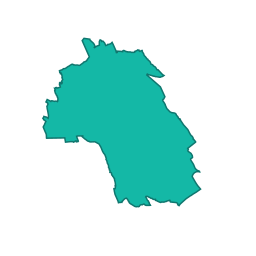 the district of Butoiesti, Mehedinti, Romania, rotated 45°
{"feature_id": "2599482B50012725425393", "entity_name": "Butoiesti", "entity_type": "district", "adm_level": 2, "iso_a3": "ROU", "parent_name": "Romania", "parent_adm1": "Mehedinti", "projection": "equal_earth", "projection_center": [23.382, 44.564], "detail": "fine", "context": "isolated", "style": "filled", "palette": "teal", "viewbox_px": 256, "rotation_deg": 45, "n_neighbors": 0, "source": "geoboundaries", "source_scale": "gbopen_adm2", "svg_char_len": 5708}
<svg xmlns="http://www.w3.org/2000/svg" viewBox="0 0 256 256"><g transform="rotate(45 128 128)"><path d="M174.1,187.6L174.8,186.4L175.1,186.3L175.9,185.0L175.8,184.4L176.1,184.5L175.8,183.3L175.7,182.3L175.7,180.4L176.0,179.6L176.5,178.8L176.8,178.7L178.7,178.9L179.7,179.4L180.6,179.3L181.5,179.9L182.5,179.9L183.5,179.8L184.4,179.5L188.0,178.7L188.3,178.6L189.5,177.9L190.2,176.9L191.2,176.1L191.4,175.4L191.1,174.4L191.2,173.5L191.6,172.8L192.2,172.4L192.4,172.2L192.7,171.0L193.0,170.6L193.5,170.3L194.5,170.4L195.4,170.0L197.9,167.5L198.4,166.9L197.8,166.8L197.7,166.5L196.6,166.5L196.1,166.0L195.3,165.7L194.9,165.7L194.0,165.2L193.2,165.4L191.8,165.1L190.9,164.6L190.0,164.4L189.6,164.2L188.7,164.5L189.2,164.1L189.1,163.7L189.8,162.8L190.8,162.3L191.8,162.1L192.7,161.7L193.9,161.5L194.9,160.7L196.1,160.7L197.3,159.8L197.9,159.0L198.2,159.2L198.2,159.4L198.4,159.6L198.7,159.7L199.5,159.2L201.2,158.7L203.6,157.7L203.9,157.3L203.9,157.0L204.0,156.7L205.5,155.3L206.0,154.7L206.5,153.6L207.2,152.6L207.2,152.3L207.3,151.8L207.8,151.1L208.2,150.2L208.7,149.5L208.9,149.5L209.3,150.0L210.3,150.3L214.8,146.7L215.3,146.4L216.5,146.4L217.1,146.5L217.3,146.7L217.4,147.1L219.0,146.8L218.7,145.0L218.7,144.4L219.1,136.9L220.1,131.5L220.3,131.2L220.8,128.3L221.6,125.2L222.5,119.9L218.0,119.5L215.9,119.1L214.1,118.7L207.8,117.0L207.1,115.8L206.8,114.9L206.6,113.4L206.7,112.4L206.9,111.6L207.3,110.6L208.0,109.7L209.0,108.8L209.7,108.4L209.2,108.1L208.6,108.2L207.4,108.8L206.5,109.0L205.2,109.1L203.8,109.0L200.0,107.4L196.5,106.6L195.9,106.5L194.7,106.1L194.2,105.6L194.1,105.2L194.3,104.3L194.5,103.7L194.5,103.4L194.4,103.1L192.9,102.0L190.5,101.4L187.5,101.9L186.9,101.9L186.4,101.8L186.0,101.2L185.7,100.4L184.6,100.2L185.7,91.0L185.8,90.2L185.7,90.0L184.9,89.8L183.9,89.8L182.9,89.6L182.2,89.8L182.1,89.5L181.1,89.2L180.7,88.8L178.9,88.5L178.2,88.7L177.4,88.6L175.3,88.1L172.0,87.0L171.1,86.8L165.1,86.5L160.1,85.5L158.9,85.5L159.1,85.1L158.3,84.8L157.8,85.2L156.6,85.4L155.8,84.9L154.5,84.7L153.5,84.8L152.2,84.2L151.3,84.2L150.5,84.4L149.1,85.4L148.1,86.2L146.6,86.8L146.0,86.9L141.7,86.8L138.3,85.5L137.7,85.1L135.9,84.6L133.3,84.1L132.6,83.4L132.5,83.2L132.8,82.5L132.0,79.8L121.8,76.0L108.3,76.9L103.9,77.2L103.8,76.9L103.8,76.4L102.8,76.4L104.0,76.1L104.9,75.7L108.6,73.6L109.1,73.6L109.5,73.1L110.1,72.8L110.4,72.5L111.1,72.3L111.8,71.6L114.4,69.8L114.9,69.3L115.2,68.5L115.8,67.5L116.1,66.7L116.3,65.4L114.8,65.8L108.0,65.6L107.4,66.3L104.7,65.6L104.0,65.6L102.1,66.1L101.5,65.9L100.3,66.0L99.4,66.4L98.9,66.6L97.5,65.8L96.4,65.5L94.0,65.7L93.5,65.4L93.2,65.4L92.6,65.7L90.1,65.3L88.2,65.3L86.2,64.3L84.4,64.1L84.2,63.8L83.7,63.6L83.5,63.3L83.1,63.2L82.1,65.5L81.0,65.6L80.6,65.5L80.6,65.3L80.4,65.4L79.7,65.9L79.8,66.1L79.3,67.5L78.7,68.9L79.0,69.0L78.9,69.7L79.0,69.8L78.7,70.1L78.7,70.4L77.6,71.4L77.0,72.1L76.1,72.4L74.7,73.7L74.2,74.4L73.8,74.4L72.6,75.4L72.2,75.3L71.7,75.7L70.8,75.8L69.9,76.5L69.8,77.3L70.2,77.8L68.5,79.1L66.0,81.3L66.9,82.1L66.9,82.4L66.5,82.9L64.6,81.8L58.6,79.5L56.2,78.7L56.2,80.6L55.2,82.7L54.6,83.1L54.7,83.9L54.0,85.4L51.3,84.4L48.8,84.3L48.2,85.4L47.7,85.0L47.0,85.0L46.0,85.4L46.5,87.0L47.7,88.3L49.2,89.7L48.0,92.3L47.5,94.8L47.1,94.8L47.1,94.1L46.4,93.3L44.7,92.7L43.5,92.5L39.2,92.7L38.2,92.2L33.5,95.7L33.8,98.6L50.3,105.0L50.6,106.6L50.8,108.4L51.1,109.3L51.2,109.9L50.5,112.0L50.1,112.6L50.2,114.1L49.8,116.3L49.7,117.5L49.5,117.9L49.0,118.4L47.5,119.4L46.3,120.8L45.6,121.2L44.8,121.9L44.1,121.9L43.5,122.3L43.1,123.0L42.7,124.8L42.5,126.0L42.2,126.7L41.6,130.1L41.4,130.6L40.7,131.3L40.4,131.8L40.3,133.3L39.2,135.5L39.1,136.1L39.8,136.3L40.1,136.6L40.4,137.0L40.7,137.1L41.3,137.1L41.5,136.9L41.6,136.5L42.0,136.7L42.2,137.2L42.7,136.8L43.9,137.4L45.7,138.7L45.7,139.1L47.6,139.9L47.8,141.1L48.2,142.3L48.4,142.2L48.6,142.3L48.9,142.3L49.5,142.5L49.8,143.6L49.2,143.7L47.1,144.2L48.1,144.4L48.1,144.8L48.6,145.0L48.4,145.2L48.6,145.5L49.1,145.6L49.2,145.8L49.2,146.0L49.5,146.1L49.8,146.0L51.2,146.9L49.7,150.0L49.1,149.8L48.9,150.1L48.6,150.1L48.2,150.8L48.4,151.7L48.1,151.9L49.6,152.5L49.5,153.2L50.7,154.0L52.2,154.8L52.7,154.8L54.0,155.4L54.6,155.3L55.2,155.5L55.9,156.1L56.4,156.0L57.9,156.9L59.4,158.9L59.4,159.3L58.8,159.4L57.9,160.1L57.4,160.7L57.2,161.2L55.0,162.5L54.6,163.0L54.7,163.8L54.0,163.9L50.7,165.0L51.6,167.6L52.6,167.3L52.9,166.9L53.0,166.9L53.1,167.3L54.4,167.5L54.6,167.7L54.8,168.5L55.2,169.3L55.3,170.0L55.9,170.4L57.1,171.4L59.0,172.6L62.6,175.1L63.8,176.3L64.6,177.6L62.5,178.0L61.9,178.5L61.0,178.8L60.8,179.2L60.4,179.4L60.7,179.7L60.9,180.8L60.9,181.3L61.8,181.4L62.5,181.8L63.5,181.5L65.3,181.4L65.5,182.2L65.8,182.7L65.9,183.3L66.6,184.8L67.2,187.0L67.4,187.3L72.0,189.2L74.2,190.0L75.5,190.9L77.3,192.6L77.6,192.8L90.3,179.7L93.8,182.2L96.8,178.5L98.8,176.5L99.4,176.6L99.7,176.0L99.8,175.5L100.2,175.0L99.9,174.4L100.0,174.2L100.7,173.8L100.9,173.6L101.1,173.6L101.5,174.0L102.3,172.9L102.2,172.4L98.4,170.7L97.5,170.2L97.9,169.5L98.5,168.7L101.6,165.6L101.9,165.9L101.9,166.5L105.8,166.2L106.4,166.0L107.7,165.9L108.7,165.7L109.5,165.4L110.0,164.9L110.8,164.8L111.1,164.6L114.4,161.1L118.8,159.8L122.6,160.8L126.3,162.4L128.4,163.0L130.2,163.2L131.1,163.5L134.2,164.9L134.5,165.6L134.7,165.8L136.1,166.1L138.5,167.6L140.0,167.9L141.3,168.8L142.3,169.8L143.6,169.9L144.0,170.3L144.3,170.8L144.9,170.7L145.2,170.8L146.2,171.6L146.4,172.1L146.6,172.2L147.4,171.6L147.9,171.5L148.4,171.7L149.6,172.7L150.6,172.6L151.4,173.0L152.5,173.0L153.7,173.4L154.1,173.2L155.1,174.2L157.1,175.3L160.0,177.5L160.0,177.8L159.7,177.9L159.8,178.1L160.7,178.3L160.9,178.8L161.8,179.9L160.9,180.8L161.0,181.0L161.9,181.5L163.1,182.4L165.8,184.1L172.5,186.7L174.1,187.6Z" fill="#14b8a6" stroke="#0f766e" stroke-width="1.5"/></g></svg>